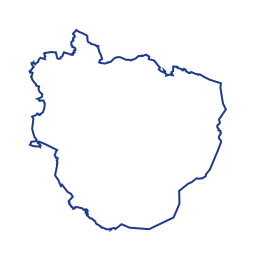 outline of Vinje nor, Telemark, Norway, rotated 174°
{"feature_id": "86288312B99450308134053", "entity_name": "Vinje nor", "entity_type": "district", "adm_level": 2, "iso_a3": "NOR", "parent_name": "Norway", "parent_adm1": "Telemark", "projection": "mercator", "projection_center": [7.901, 59.807], "detail": "fine", "context": "isolated", "style": "outline", "palette": "blue", "viewbox_px": 256, "rotation_deg": 174, "n_neighbors": 0, "source": "geoboundaries", "source_scale": "gbopen_adm2", "svg_char_len": 5848}
<svg xmlns="http://www.w3.org/2000/svg" viewBox="0 0 256 256"><g transform="rotate(174 128 128)"><path d="M92.1,34.2L86.3,44.4L84.7,47.7L83.7,60.1L74.0,66.3L70.1,67.6L65.1,70.8L64.2,70.7L62.8,70.0L60.7,70.4L59.7,70.0L57.8,71.0L56.0,71.7L55.7,72.1L55.4,73.3L55.0,74.1L50.8,78.3L40.3,97.5L36.9,104.4L36.8,104.9L37.2,106.1L37.5,106.7L38.7,108.4L38.7,109.1L38.0,110.6L37.4,111.6L37.0,111.7L36.0,113.5L36.3,114.0L36.4,114.5L36.7,114.6L36.7,115.0L36.4,115.3L36.4,115.6L38.3,116.3L38.4,116.6L37.9,117.6L39.0,119.1L39.1,120.3L38.7,121.6L37.3,122.1L36.1,123.5L36.6,127.0L28.7,136.3L31.0,142.5L31.9,158.4L30.9,162.7L41.3,167.3L47.5,171.1L47.8,171.6L51.3,174.0L52.6,173.5L52.7,173.8L53.6,174.4L55.3,174.8L59.3,177.1L59.9,176.9L60.1,176.3L60.5,176.2L61.7,176.3L64.6,178.6L64.4,179.6L64.9,180.2L66.2,181.0L66.7,180.4L66.8,179.8L67.6,179.5L67.8,179.6L67.7,180.3L68.1,180.6L69.6,181.5L71.5,182.1L72.8,183.0L72.5,183.7L72.7,183.8L76.6,184.4L77.2,179.8L79.0,178.9L78.0,175.8L79.6,176.3L79.9,176.7L80.8,177.0L81.9,176.5L84.6,176.1L84.5,176.5L83.9,177.2L85.1,178.2L85.4,178.8L85.9,179.1L85.2,179.7L85.3,179.8L85.2,180.1L85.3,180.6L85.6,181.0L86.1,181.6L85.9,180.5L86.4,179.7L86.6,179.7L86.8,180.0L88.2,180.4L89.1,180.9L91.3,183.1L89.9,184.7L91.1,186.3L94.9,192.4L100.1,194.3L99.9,194.8L100.0,195.2L100.0,195.8L99.4,196.7L100.6,197.8L101.6,198.3L102.3,199.1L106.4,198.0L106.8,198.6L108.1,198.2L110.0,198.5L113.0,196.4L114.1,196.1L114.8,195.7L116.9,195.4L117.4,195.0L118.0,194.9L118.4,195.5L119.4,195.5L120.7,196.0L121.9,195.8L124.7,197.0L125.6,197.8L128.1,199.1L130.6,199.6L133.9,199.0L138.5,195.5L139.6,195.5L140.6,195.1L140.8,195.3L141.4,195.4L141.5,195.2L142.9,194.7L144.0,194.5L148.0,195.4L149.3,195.9L149.9,196.3L148.6,198.6L147.1,198.9L146.5,199.4L147.3,203.1L147.9,205.1L148.6,206.6L148.6,208.0L149.3,210.6L148.9,212.6L149.9,212.8L150.7,212.5L151.4,213.7L152.3,214.2L156.0,215.5L156.2,216.0L156.6,216.5L158.4,217.4L159.2,219.3L158.9,220.6L159.2,221.2L158.8,223.2L159.3,223.9L159.5,224.5L163.4,227.1L166.7,228.7L167.4,229.5L169.3,230.8L170.2,229.5L171.2,229.1L172.1,228.3L172.3,227.9L172.9,227.4L172.8,227.2L172.3,226.8L172.3,226.5L171.8,226.1L171.6,225.4L171.3,225.1L171.5,224.1L172.1,223.7L173.0,223.5L173.2,223.0L173.1,222.5L173.5,221.9L173.1,221.3L173.2,220.6L173.9,220.4L175.3,219.5L175.4,219.1L175.5,217.9L175.4,217.6L175.6,217.1L175.3,216.3L175.5,215.9L174.8,215.4L174.8,214.2L173.9,214.2L173.2,213.6L172.8,213.6L172.1,212.6L172.0,212.1L172.2,211.0L173.2,211.0L173.8,210.4L173.4,209.8L173.3,208.7L173.7,208.7L173.9,208.4L174.8,208.6L175.2,208.4L175.3,208.0L175.0,207.0L174.9,206.7L175.0,206.6L176.1,207.0L176.1,206.7L177.5,207.0L179.2,208.1L181.5,208.8L182.7,209.6L183.1,209.7L183.4,209.5L183.9,209.8L185.8,206.2L187.0,205.8L187.4,205.3L187.8,204.1L189.5,204.2L190.1,204.1L190.9,204.7L191.3,205.9L191.6,209.1L191.8,209.5L191.7,209.9L191.8,210.8L194.9,211.2L196.2,211.6L201.9,211.3L202.9,211.4L203.7,210.7L203.4,210.2L203.1,209.0L203.2,208.3L202.9,207.9L203.3,207.6L203.4,207.2L203.3,206.9L203.8,206.4L203.8,205.8L203.6,205.3L206.4,206.3L207.5,207.0L208.3,206.6L209.5,205.3L210.2,204.3L210.3,203.3L212.8,201.9L213.7,201.0L215.1,202.7L215.1,203.3L215.9,202.6L216.6,202.5L217.3,203.5L217.2,203.2L217.2,202.0L217.0,201.2L215.8,199.0L215.4,198.5L216.6,197.6L218.3,195.6L219.9,194.8L219.7,194.5L219.6,193.4L218.4,193.4L218.4,193.2L217.6,193.1L217.5,192.9L217.3,192.8L217.5,192.6L217.4,191.9L218.0,190.6L218.0,190.4L218.1,190.0L219.0,189.5L219.0,188.7L218.3,187.7L218.2,186.9L218.2,186.2L216.0,182.5L214.8,181.2L215.0,180.2L214.8,179.7L213.3,178.9L212.7,178.9L212.1,178.6L213.0,175.8L212.5,174.7L212.4,173.8L211.2,171.9L209.7,170.7L210.2,168.1L212.7,167.0L212.9,166.6L213.7,166.8L214.7,166.5L214.4,166.4L214.0,166.0L213.4,164.4L212.0,164.2L210.9,164.5L210.5,164.3L209.2,164.2L208.2,160.8L209.0,156.9L210.9,152.6L213.4,151.1L214.3,150.1L215.0,150.2L215.1,151.0L216.7,151.9L218.0,150.5L222.2,149.3L221.1,146.9L221.4,145.8L222.3,142.0L223.4,137.4L222.9,133.7L221.9,128.9L220.2,125.8L220.2,124.5L225.7,124.4L225.9,124.1L226.2,122.9L227.3,121.6L225.8,120.7L223.9,119.9L221.5,119.3L218.5,119.0L217.5,118.2L217.3,119.2L217.0,119.2L216.7,119.7L217.6,121.1L219.3,122.6L218.0,123.8L212.2,120.7L200.8,113.5L202.3,111.8L203.0,109.7L203.7,108.9L203.7,108.3L203.2,107.1L202.6,106.6L202.7,106.4L202.5,106.0L202.2,105.7L201.9,105.8L202.1,105.6L201.8,105.5L201.9,105.3L201.1,105.1L201.6,104.1L201.7,103.4L202.2,103.0L202.1,102.6L202.2,102.3L201.9,101.8L202.0,101.6L201.9,101.4L201.9,101.0L201.8,100.5L202.5,99.9L202.5,99.0L202.3,98.7L202.4,98.2L205.3,89.2L205.4,88.3L202.7,83.5L201.6,79.5L201.0,78.8L201.0,77.9L201.1,77.6L200.7,77.1L199.5,78.5L194.9,70.9L191.6,68.5L190.1,65.4L194.7,61.5L194.7,61.0L194.1,60.3L194.4,60.2L194.2,59.9L194.2,59.2L194.3,59.0L194.3,58.4L193.3,57.7L193.4,57.1L193.1,56.9L192.9,56.2L192.1,55.7L192.2,55.2L191.0,54.6L190.6,53.9L190.9,53.4L190.7,53.4L189.6,53.5L189.1,54.1L188.9,54.4L189.0,54.5L188.7,54.8L188.0,55.0L187.3,54.5L186.1,54.4L181.9,52.9L181.5,52.5L181.3,51.9L180.2,51.0L179.0,51.0L178.8,51.3L179.1,51.4L179.0,51.6L178.6,51.5L178.7,51.2L177.8,51.4L177.6,51.2L177.8,50.8L178.2,50.5L178.6,50.9L178.7,50.5L177.6,50.0L177.1,50.2L176.8,50.1L176.7,49.8L177.0,49.0L177.3,48.7L178.5,48.5L178.9,48.7L179.2,48.4L179.1,48.1L178.5,47.8L177.9,47.4L177.7,47.0L177.1,46.9L177.0,46.6L178.2,46.4L178.2,46.0L178.1,45.5L177.2,44.8L176.7,44.0L176.4,43.9L175.7,42.8L174.1,41.7L173.5,41.8L172.9,41.5L172.4,40.7L172.0,39.7L170.8,39.3L170.8,39.0L170.3,38.3L169.8,36.4L169.2,35.7L168.5,35.4L167.6,34.7L167.4,34.4L166.2,33.7L166.0,33.3L165.5,33.0L165.5,32.6L165.4,32.4L164.8,32.0L164.8,31.8L164.3,31.5L163.9,31.6L162.7,31.3L161.9,30.5L160.4,30.0L159.8,29.5L158.2,29.3L155.9,29.5L155.5,29.4L155.4,29.1L155.6,28.7L155.2,28.9L155.0,29.6L152.5,30.1L151.6,29.7L151.1,28.8L144.5,33.0L136.8,28.7L117.6,25.2L92.1,34.2Z" fill="none" stroke="#1e3a8a" stroke-width="2"/></g></svg>